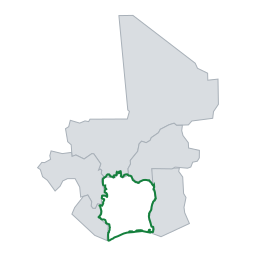 Ivory Coast highlighted among its neighbors
{"feature_id": "CIV", "entity_name": "Ivory Coast", "entity_type": "country or territory", "adm_level": 0, "iso_a3": "CIV", "parent_name": "Africa", "parent_adm1": "", "projection": "natural_earth1", "projection_center": [-5.78, 7.538], "detail": "fine", "context": "with_neighbors", "style": "outline", "palette": "green", "viewbox_px": 256, "rotation_deg": 0, "n_neighbors": 5, "source": "natural_earth", "source_scale": "50m", "svg_char_len": 5827}
<svg xmlns="http://www.w3.org/2000/svg" viewBox="0 0 256 256"><path d="M72.0,156.4L71.2,144.8L67.7,141.7L65.5,128.7L68.7,126.7L70.3,120.3L79.7,123.1L85.0,120.9L88.6,121.6L90.0,119.2L127.3,119.0L129.4,111.4L127.8,110.0L118.9,15.6L132.9,15.4L195.2,63.2L197.5,68.3L207.6,73.2L207.8,80.2L218.0,79.1L218.4,104.3L213.5,111.6L212.7,118.3L191.8,121.0L188.4,124.9L176.5,125.3L174.1,123.2L169.0,124.8L160.3,129.3L158.5,132.7L151.3,137.6L150.1,140.4L146.2,142.7L141.6,141.2L139.1,143.9L137.7,151.3L130.3,160.4L130.5,164.1L128.0,168.7L128.6,175.0L122.5,178.0L121.1,173.4L116.8,174.4L115.1,177.6L104.0,176.8L101.2,173.7L101.7,170.4L100.5,169.2L98.5,170.2L100.8,163.9L93.8,153.9L91.9,153.6L84.1,159.0L75.9,155.0L72.0,156.4Z" fill="#d9dde1" stroke="#a8b0b8" stroke-width="1"/><path d="M179.4,168.0L178.7,171.4L182.7,177.0L183.6,193.5L186.0,197.5L184.0,207.3L184.7,212.7L189.4,223.5L161.0,236.7L152.6,233.6L153.0,229.3L148.9,220.0L151.3,207.6L155.3,198.5L151.5,174.8L151.7,168.6L179.4,168.0Z" fill="#d9dde1" stroke="#a8b0b8" stroke-width="1"/><path d="M51.1,150.9L62.3,153.6L71.5,152.4L72.0,156.4L75.9,155.0L84.1,159.0L91.9,153.6L93.8,153.9L100.8,163.9L98.5,170.2L100.5,169.2L101.7,170.4L101.2,173.7L104.0,176.8L102.1,177.7L101.4,181.4L105.8,194.6L101.4,197.4L101.6,204.3L97.5,204.0L95.5,208.4L92.9,208.4L91.1,206.0L91.7,201.7L87.8,195.0L80.7,197.1L79.7,187.1L75.1,178.6L67.6,178.6L62.8,180.9L60.1,186.2L55.1,191.0L47.4,180.3L42.6,176.7L40.3,169.5L37.6,167.7L41.8,162.4L44.6,162.6L50.6,159.3L49.8,155.7L51.1,150.9Z" fill="#d9dde1" stroke="#a8b0b8" stroke-width="1"/><path d="M100.1,204.3L100.6,212.7L98.6,217.6L108.3,225.9L106.9,240.5L94.8,235.4L71.9,214.1L74.7,207.5L83.3,196.5L87.8,195.0L91.7,201.7L91.1,206.0L92.9,208.4L95.5,208.4L97.5,204.0L100.1,204.3Z" fill="#d9dde1" stroke="#a8b0b8" stroke-width="1"/><path d="M128.6,175.0L128.0,168.7L130.5,164.1L130.3,160.4L137.7,151.3L139.1,143.9L141.6,141.2L146.2,142.7L150.1,140.4L151.3,137.6L158.5,132.7L160.3,129.3L169.0,124.8L174.1,123.2L176.5,125.3L182.4,125.3L181.7,130.6L183.0,135.6L188.3,142.7L188.6,148.0L199.4,150.4L199.3,157.9L197.3,161.2L192.7,162.2L190.8,167.0L187.6,168.2L175.1,167.1L172.1,168.9L151.7,168.6L152.8,183.0L146.3,180.2L141.9,180.6L138.7,183.3L128.6,175.0Z" fill="#d9dde1" stroke="#a8b0b8" stroke-width="1"/><path d="M104.4,177.3L104.7,177.3L105.4,177.1L106.0,176.5L106.6,175.3L107.5,174.4L108.4,174.5L108.7,174.3L109.0,174.3L109.4,174.9L109.8,175.4L110.0,175.4L110.3,176.3L111.9,176.6L112.7,176.9L113.3,177.5L113.5,177.5L113.8,177.4L114.0,177.2L114.0,176.9L113.7,176.3L113.8,175.8L114.1,175.3L114.6,175.3L115.2,175.2L116.0,175.2L116.5,175.3L116.8,174.8L116.5,173.5L116.6,172.8L116.7,172.2L116.9,171.9L117.7,172.7L118.5,173.0L119.1,173.0L119.2,172.8L119.0,172.0L119.0,171.8L119.2,171.6L119.6,171.5L120.6,171.2L120.7,171.3L120.9,172.6L120.8,173.0L121.0,173.9L121.2,174.7L121.2,175.1L121.0,175.6L120.8,176.0L121.2,176.6L121.9,176.9L122.7,177.0L123.1,176.5L123.6,176.1L123.9,175.7L124.0,175.2L124.5,174.8L125.9,174.4L127.2,174.3L127.5,174.4L128.1,175.2L128.8,175.7L129.9,175.6L130.7,175.9L131.5,176.4L131.9,177.7L132.4,178.6L132.7,179.8L133.5,180.5L134.1,180.8L135.0,181.7L135.9,182.2L136.8,182.1L137.3,182.6L138.0,182.9L138.7,182.9L139.3,181.9L140.1,181.5L142.1,180.6L142.9,180.2L143.7,180.0L145.7,179.9L147.5,180.2L148.4,180.4L149.0,180.2L149.6,180.7L150.2,181.8L150.7,182.1L151.2,182.5L151.6,183.3L152.1,184.2L152.3,184.5L152.9,185.3L153.3,185.4L153.8,185.0L154.0,184.7L154.1,185.3L153.9,186.2L153.9,186.7L154.2,186.9L154.1,187.6L153.5,188.8L153.5,189.5L154.1,189.7L154.4,190.5L154.7,191.7L154.9,192.2L154.9,192.4L155.3,195.5L155.8,198.6L155.5,199.0L155.1,199.1L154.8,199.3L154.7,199.6L154.9,200.0L154.8,200.4L154.3,200.6L153.2,201.6L153.1,202.0L152.8,202.9L152.5,203.4L152.2,204.3L151.6,206.8L151.4,208.9L151.3,209.6L151.1,210.0L150.8,210.6L149.6,212.4L149.0,213.9L149.1,214.5L149.1,215.2L148.9,215.6L148.9,216.8L149.1,217.9L149.3,218.9L150.2,221.7L150.7,223.5L151.0,224.9L151.2,225.8L151.5,226.2L151.6,226.6L152.9,226.8L153.2,227.0L153.5,228.9L153.5,229.7L153.2,230.0L153.2,230.7L153.1,231.6L153.0,231.9L152.2,232.0L151.7,232.3L151.0,232.1L151.0,231.9L150.6,231.9L149.6,231.4L149.8,229.8L149.3,229.7L149.0,229.9L148.3,231.8L148.0,232.2L143.0,231.2L142.0,230.4L140.7,230.2L138.5,230.3L136.6,230.5L136.1,231.0L140.7,230.7L141.2,230.8L141.5,231.1L135.6,231.7L133.4,232.1L132.7,232.0L132.2,231.4L129.8,231.3L129.3,231.5L129.0,231.9L129.9,231.8L131.4,231.8L131.8,232.2L127.1,232.6L123.8,233.5L122.4,234.1L117.9,236.2L115.1,237.2L114.3,237.5L113.1,238.5L111.4,239.2L109.6,240.4L108.5,240.6L108.2,240.3L108.2,238.2L108.1,235.5L108.1,234.5L108.3,233.5L108.3,232.7L108.8,232.4L109.0,232.1L109.1,231.0L109.6,230.0L109.6,228.4L109.7,228.0L109.9,227.6L109.6,226.5L109.3,224.4L109.2,224.3L108.8,224.4L107.6,223.7L106.8,223.6L106.1,223.0L106.1,222.3L105.8,221.8L105.6,221.0L105.3,220.1L104.4,219.6L103.6,219.4L103.0,219.5L102.3,219.5L101.5,219.2L101.0,218.9L100.5,218.2L100.0,217.6L99.6,217.7L99.2,217.6L98.7,217.3L98.6,217.1L100.5,215.0L101.1,213.9L101.2,213.3L101.2,212.7L101.4,212.0L101.4,211.0L100.4,207.3L100.1,206.2L99.9,205.8L99.7,205.7L100.2,205.2L100.9,205.3L102.1,205.7L102.3,205.4L103.2,203.5L103.1,202.8L103.1,202.3L103.6,201.1L103.9,200.6L104.2,200.0L104.1,199.3L103.8,199.0L103.4,199.1L102.9,198.9L102.2,198.5L101.8,198.1L102.0,196.4L102.0,195.9L102.3,195.6L102.7,195.5L103.8,195.5L104.7,195.7L105.5,195.8L105.9,195.8L106.2,196.3L106.7,196.8L107.1,196.8L107.2,196.4L107.2,194.8L106.9,193.9L106.3,193.0L104.7,192.3L104.7,191.3L104.8,190.2L105.2,189.8L106.3,189.1L106.1,188.7L105.8,188.3L105.0,187.9L105.2,186.6L105.2,185.5L104.6,185.6L104.0,185.6L103.4,185.3L103.0,184.6L102.9,182.6L102.9,180.4L102.8,179.4L103.0,178.8L103.6,178.4L104.2,177.7L104.4,177.3ZM150.4,232.2L150.1,232.6L148.9,232.3L149.2,232.0L150.4,232.2Z" fill="none" stroke="#15803d" stroke-width="2"/></svg>